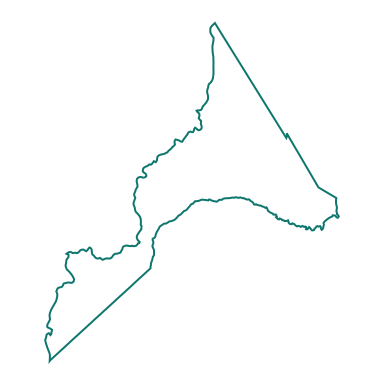 the district of Nova Esperança do Piriá, Pará, Brazil
{"feature_id": "56859067B92055501543930", "entity_name": "Nova Esperança do Piriá", "entity_type": "district", "adm_level": 2, "iso_a3": "BRA", "parent_name": "Brazil", "parent_adm1": "Pará", "projection": "robinson", "projection_center": [-46.972, -2.395], "detail": "fine", "context": "isolated", "style": "outline", "palette": "teal", "viewbox_px": 384, "rotation_deg": 0, "n_neighbors": 0, "source": "geoboundaries", "source_scale": "gbopen_adm2", "svg_char_len": 5980}
<svg xmlns="http://www.w3.org/2000/svg" viewBox="0 0 384 384"><path d="M286.7,133.2L287.1,135.8L286.3,138.0L257.3,91.3L219.0,29.7L214.9,23.0L214.0,23.9L213.1,24.8L211.7,26.1L210.6,27.7L210.3,29.3L210.3,30.5L210.4,32.3L211.0,33.8L212.1,35.7L212.7,36.8L213.5,37.4L213.5,39.3L213.4,41.0L213.1,42.6L212.6,45.0L212.4,46.5L212.5,50.3L212.8,53.3L213.1,55.2L213.4,57.2L213.4,59.2L213.5,63.0L213.4,67.5L213.5,69.3L213.5,73.4L213.4,74.7L213.1,76.8L212.8,78.7L212.4,79.8L211.7,81.1L211.1,81.9L210.0,83.2L208.9,84.1L208.3,85.8L208.2,87.2L207.3,89.8L207.1,91.6L207.3,93.1L208.0,95.7L208.1,98.1L208.0,99.2L206.3,102.5L205.4,103.4L204.7,104.4L203.8,105.4L203.0,106.2L202.5,107.1L202.2,108.0L201.5,109.4L200.8,110.0L199.2,110.4L197.9,110.3L196.6,110.7L197.4,112.0L198.5,112.8L199.3,113.9L199.5,115.5L198.7,118.3L199.9,119.8L200.9,120.6L201.1,121.8L200.8,123.2L201.0,124.3L201.6,126.1L201.7,127.6L201.3,128.9L199.6,130.1L198.3,130.2L197.1,129.3L196.3,128.4L195.1,127.7L194.2,128.9L193.9,130.5L193.0,132.1L191.8,132.1L190.5,131.6L189.6,131.7L188.3,132.6L187.6,133.9L187.1,134.9L186.4,135.6L185.8,136.5L183.9,139.0L182.2,141.7L181.2,141.7L178.2,140.1L175.6,139.5L174.9,140.3L174.5,141.8L174.7,143.5L175.0,144.4L173.8,146.0L172.2,147.2L171.4,148.4L168.3,151.0L167.4,152.4L166.0,152.8L165.3,153.4L163.4,154.1L161.1,154.5L159.0,155.3L157.7,156.4L157.2,157.8L156.9,160.6L155.7,162.2L153.9,161.2L152.5,163.1L152.0,163.9L150.8,164.7L149.6,164.4L148.7,164.9L147.2,166.1L145.3,166.8L144.3,167.5L143.4,168.2L143.0,169.3L142.8,170.6L142.9,171.7L143.7,172.4L144.5,172.9L145.5,173.7L146.1,174.6L146.4,176.0L145.6,176.9L144.3,177.5L142.8,177.6L141.4,177.1L140.1,177.0L138.4,177.5L137.0,178.9L136.6,181.2L136.8,182.2L137.2,183.7L137.5,185.8L137.4,186.9L135.7,189.7L135.2,191.7L134.6,192.8L134.1,194.2L134.5,196.3L135.3,197.6L135.0,198.6L134.3,200.7L133.6,202.7L133.5,204.0L133.8,205.3L134.6,207.1L135.2,210.3L135.7,211.7L136.4,212.5L137.6,213.6L139.7,216.3L140.2,217.7L140.7,218.6L140.9,221.7L140.8,225.1L141.6,226.1L141.3,228.1L141.3,229.3L139.1,232.2L137.7,234.4L137.2,235.3L136.7,237.1L136.9,238.2L137.7,240.1L138.6,240.9L139.7,242.0L139.3,243.1L138.0,243.3L137.5,244.4L136.3,245.6L134.6,246.1L133.3,246.2L132.0,245.7L131.1,246.1L130.2,246.1L126.8,245.6L125.3,245.7L123.9,246.3L123.0,247.0L122.6,248.0L122.3,249.3L120.8,251.7L120.5,252.6L119.0,253.1L117.8,253.5L116.7,253.7L115.1,253.8L113.7,254.7L113.1,255.5L112.2,256.8L111.4,257.8L110.2,258.4L108.4,258.6L107.2,258.3L106.0,258.5L104.6,258.9L103.4,259.6L102.4,259.7L101.4,259.0L100.1,257.9L98.1,258.6L96.9,258.4L95.9,258.0L95.0,257.1L93.9,255.7L92.3,254.3L91.9,252.6L91.7,250.1L91.5,249.2L90.8,248.2L89.5,247.5L88.5,248.6L87.3,250.3L86.2,251.2L85.0,250.6L83.9,249.7L82.0,249.6L80.3,250.3L79.4,251.4L77.8,252.9L76.7,253.1L75.3,252.7L73.5,253.0L72.6,253.0L71.2,252.2L70.1,251.9L68.5,252.4L67.7,252.9L66.5,253.8L68.5,254.7L68.5,257.1L66.9,259.1L66.3,260.4L66.2,262.4L65.9,263.9L65.6,265.4L65.7,266.5L66.8,269.4L67.6,270.1L68.5,271.0L69.4,271.9L71.3,274.2L72.0,275.2L72.8,276.5L73.5,277.8L74.0,279.0L74.0,280.0L73.5,281.7L72.7,282.2L71.8,282.9L69.8,282.6L68.6,282.5L67.2,282.6L63.6,283.6L63.0,285.3L61.9,286.8L60.9,287.2L59.3,287.5L58.2,287.9L57.4,288.8L56.3,291.4L57.3,293.9L57.2,296.7L56.9,297.9L56.3,300.3L55.8,301.6L55.2,302.6L52.2,307.9L51.2,309.7L50.6,311.2L50.0,312.9L49.7,314.2L49.5,315.7L49.9,318.2L50.0,319.3L49.3,321.0L47.5,324.4L47.1,326.0L47.5,327.3L50.7,328.8L52.1,329.9L51.4,332.5L51.4,333.9L50.4,335.1L48.9,333.2L47.5,333.8L46.6,334.8L46.0,337.8L45.2,339.9L45.6,342.0L46.5,345.1L47.3,347.5L49.3,352.6L49.8,354.3L49.9,357.2L49.7,361.0L50.5,360.0L68.7,343.3L72.3,339.9L77.1,335.6L79.7,333.2L92.7,321.3L95.7,318.5L100.8,313.9L104.2,310.7L105.9,309.3L107.8,307.5L118.0,298.1L130.2,287.0L136.5,281.1L144.3,274.0L150.5,268.3L150.5,266.5L150.9,265.4L150.9,263.5L152.1,260.3L152.9,256.8L153.9,255.4L154.1,253.0L154.0,251.6L154.0,250.2L153.3,248.4L152.9,247.5L152.4,246.3L152.7,244.8L153.3,243.4L153.3,241.6L152.6,240.0L152.7,238.7L153.9,238.2L154.9,237.3L155.3,236.4L156.1,233.6L156.6,232.3L159.1,228.1L159.6,226.7L162.3,224.8L164.4,223.5L166.3,223.5L168.1,222.3L169.0,221.6L171.6,221.0L174.0,220.1L175.2,219.3L177.0,217.5L178.2,215.9L179.9,214.9L180.8,214.4L183.8,211.2L186.1,210.2L187.3,209.1L188.0,208.1L189.6,206.4L190.7,204.8L191.6,204.1L192.4,203.9L193.3,203.3L195.1,201.2L196.2,201.3L197.4,201.0L198.6,200.9L201.9,199.6L205.4,200.0L208.4,200.4L209.0,199.5L210.0,199.5L210.7,200.1L212.6,200.8L213.4,201.1L215.4,201.4L216.3,201.7L217.5,201.3L219.2,199.8L221.9,199.8L223.1,198.8L224.5,198.4L228.6,198.1L229.9,198.1L232.3,197.5L234.0,197.8L235.7,197.2L237.2,197.6L239.0,197.8L240.3,197.4L243.0,198.3L244.0,198.1L244.8,198.7L247.2,199.6L248.8,199.3L250.1,200.3L250.7,201.1L252.0,201.7L253.5,203.2L253.8,204.3L254.8,204.7L256.1,204.2L257.4,205.0L258.6,205.2L259.7,205.6L260.7,205.5L262.0,206.4L263.0,206.6L264.1,207.0L265.4,207.9L266.5,207.4L267.6,209.4L267.8,210.5L269.7,212.2L271.2,212.9L272.8,213.6L273.4,214.6L276.0,214.6L276.9,216.7L276.0,217.2L278.0,219.2L279.0,219.4L279.6,218.5L281.5,219.2L282.3,220.2L283.7,220.3L284.6,221.1L286.7,221.0L288.0,220.3L288.6,221.6L288.6,222.7L289.5,223.7L290.4,224.1L291.6,224.2L292.4,223.3L293.3,223.8L294.2,224.0L295.2,225.2L297.1,226.4L298.4,225.9L299.7,226.2L300.7,226.9L301.7,226.5L302.4,225.9L304.3,227.0L305.1,226.5L306.2,227.0L306.3,228.1L306.0,229.2L307.0,229.4L307.9,228.8L308.5,227.8L309.1,227.1L310.1,228.0L310.8,229.1L312.0,230.4L313.1,230.3L314.1,230.0L314.3,229.0L315.6,227.8L316.4,226.6L317.4,226.1L318.4,226.6L320.1,226.1L320.7,226.9L320.9,228.4L321.6,229.8L322.4,229.4L323.1,228.2L323.6,225.8L323.9,224.5L323.5,223.1L324.6,221.5L326.7,219.7L329.3,217.8L332.3,216.4L332.7,215.3L335.1,215.5L336.6,217.3L337.8,217.8L338.8,216.4L338.1,215.1L337.0,214.2L336.9,212.7L336.5,211.8L336.5,210.4L336.8,208.9L336.9,207.8L336.7,206.1L336.2,204.4L336.0,201.9L336.0,200.2L336.3,198.0L320.3,188.5L318.4,187.3L297.0,150.7L296.0,149.1L292.8,143.6L286.7,133.2Z" fill="none" stroke="#0f766e" stroke-width="2"/></svg>